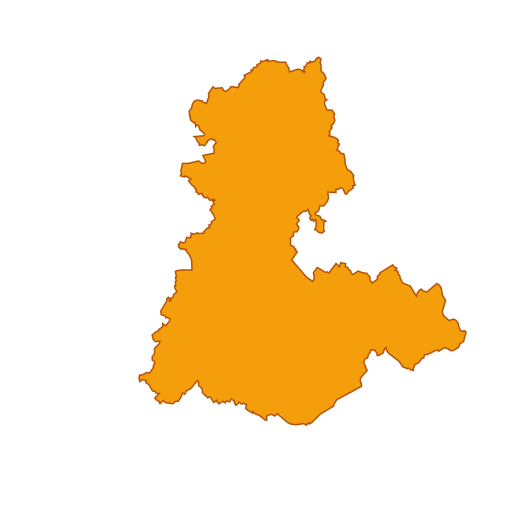 outline of Cappamore-Kilmallock Lea-7, Limerick, Ireland, rotated 335°
{"feature_id": "5873133B39771401556272", "entity_name": "Cappamore-Kilmallock Lea-7", "entity_type": "district", "adm_level": 2, "iso_a3": "IRL", "parent_name": "Ireland", "parent_adm1": "Limerick", "projection": "mercator", "projection_center": [-8.418, 52.488], "detail": "fine", "context": "isolated", "style": "filled", "palette": "amber", "viewbox_px": 512, "rotation_deg": 335, "n_neighbors": 0, "source": "geoboundaries", "source_scale": "gbopen_adm2", "svg_char_len": 6126}
<svg xmlns="http://www.w3.org/2000/svg" viewBox="0 0 512 512"><g transform="rotate(335 256 256)"><path d="M398.2,105.0L396.7,102.3L393.4,102.9L392.5,104.1L389.5,104.1L387.0,102.3L386.4,102.6L386.5,103.7L383.9,102.7L381.4,104.9L379.5,104.9L379.3,106.4L377.4,107.6L378.1,109.7L377.2,110.2L375.4,106.3L373.1,104.4L364.2,103.4L365.1,99.3L364.5,95.0L364.8,93.0L357.0,89.2L356.7,87.8L353.8,86.1L350.5,85.2L349.7,83.5L348.9,84.2L348.5,82.7L344.9,82.8L342.6,81.3L341.9,83.0L337.6,83.1L337.7,84.4L336.7,84.9L333.1,84.2L331.4,86.4L330.1,85.4L329.7,87.0L321.6,87.3L321.7,89.0L320.7,90.0L312.9,93.3L312.8,94.6L310.6,95.6L305.0,91.9L301.2,93.7L297.5,93.9L296.7,92.5L296.4,89.2L289.5,86.7L288.5,84.5L281.6,88.6L280.9,91.4L275.5,96.8L272.9,94.1L272.9,92.9L269.0,90.0L265.7,89.6L262.7,91.4L260.1,94.7L256.6,96.5L255.3,100.4L255.6,101.4L254.7,102.2L254.9,103.6L254.1,104.7L255.5,108.3L257.1,109.2L256.1,113.2L257.8,112.3L259.1,113.7L258.5,118.0L260.9,123.1L260.7,124.4L259.5,125.0L250.5,121.7L251.5,123.5L251.3,127.4L252.3,130.0L251.4,131.7L253.8,132.3L255.8,134.3L260.2,132.1L260.2,131.3L265.1,130.7L265.9,132.5L267.3,132.7L267.9,136.3L263.6,138.5L263.2,141.5L261.3,145.1L250.4,142.4L250.4,149.3L248.1,150.1L245.9,148.9L244.2,145.6L233.9,143.5L228.5,141.0L223.8,147.3L223.5,149.4L221.4,151.3L224.5,154.2L225.8,153.4L229.5,158.7L226.6,159.4L228.0,165.1L229.4,167.1L229.2,169.0L230.1,170.3L228.7,172.5L230.1,174.1L230.0,175.8L233.7,176.5L233.0,178.5L233.7,178.7L233.6,180.5L235.5,182.3L237.0,182.2L237.7,186.0L242.2,186.9L242.2,188.2L240.0,187.8L240.2,191.4L238.1,191.5L236.3,192.4L236.5,193.7L233.9,194.5L235.1,201.3L234.5,205.5L230.0,206.1L229.4,207.9L226.1,208.2L226.2,210.9L223.7,210.1L218.9,212.0L218.4,213.1L213.3,211.5L213.1,210.4L208.9,209.9L206.7,208.0L206.8,209.4L205.4,209.8L204.5,211.8L201.0,209.9L197.6,213.5L195.1,213.2L193.7,211.1L190.2,213.2L190.4,214.7L189.8,215.3L190.7,218.1L192.2,217.8L193.2,219.5L195.7,220.6L194.8,221.3L196.1,226.9L195.9,232.7L192.0,241.7L183.4,237.5L177.2,235.6L176.2,236.3L175.3,240.7L173.8,241.5L173.4,244.9L172.2,244.9L170.8,248.8L169.9,248.6L168.9,250.4L169.3,254.9L165.0,256.1L163.6,258.4L161.0,258.3L159.5,260.7L158.6,260.3L159.6,257.3L159.2,256.4L157.0,257.1L156.1,259.1L146.4,265.7L145.3,269.3L147.9,271.3L148.4,274.2L149.8,274.0L151.3,276.7L151.0,277.7L144.8,281.2L142.9,277.8L141.5,280.6L136.7,281.6L136.0,282.7L133.8,282.3L128.4,283.8L127.6,288.2L128.8,291.2L133.0,292.6L131.2,294.6L124.9,296.9L123.1,301.2L118.8,304.0L118.9,305.1L117.9,306.3L119.3,308.6L119.1,310.2L116.6,312.1L116.1,313.5L110.2,317.1L107.7,315.4L101.9,315.7L100.2,314.7L98.2,317.6L97.7,320.7L100.7,320.1L103.0,321.7L103.7,322.9L102.9,323.4L102.8,324.7L104.6,327.2L105.2,334.6L107.3,336.0L107.5,338.1L110.2,339.7L104.4,341.9L104.7,343.9L106.6,346.7L106.6,349.4L110.8,347.6L112.0,350.6L117.2,354.2L118.5,354.8L121.4,353.6L123.9,354.8L128.2,352.4L131.5,349.1L133.0,351.2L136.1,348.8L140.8,348.6L150.4,344.1L150.8,346.0L149.2,349.2L151.1,353.3L149.7,357.3L152.4,364.2L153.5,363.7L155.0,364.7L155.8,371.0L159.6,370.1L159.2,372.2L160.0,374.3L164.8,373.8L165.9,376.1L167.9,374.8L170.4,377.0L173.3,375.2L175.2,378.3L174.6,379.0L174.4,382.3L175.1,382.9L179.0,381.4L180.2,384.1L182.4,384.1L184.6,386.8L182.3,389.4L182.8,391.5L186.5,397.0L187.4,395.8L188.5,398.6L191.7,402.0L194.9,408.3L196.3,409.4L197.8,405.8L199.7,405.4L202.9,405.9L205.5,409.0L208.7,408.0L214.4,420.5L216.8,423.3L220.9,425.8L228.7,428.2L229.9,430.5L233.3,429.5L233.3,430.7L235.9,430.6L247.6,426.4L263.1,424.8L264.1,423.2L268.5,420.4L296.6,418.7L297.7,415.8L297.5,413.5L299.3,410.6L308.3,406.8L308.8,397.5L311.6,395.3L314.1,395.5L316.2,392.7L319.0,391.5L319.9,389.7L323.7,391.3L324.6,395.4L323.7,397.3L325.2,397.9L329.9,397.7L333.5,394.3L335.2,394.1L334.5,395.9L335.0,400.0L341.1,411.8L342.3,418.6L345.5,422.0L347.0,422.3L348.0,424.4L350.3,426.4L350.7,424.8L354.2,421.6L358.4,421.4L363.3,418.9L365.1,419.1L367.0,416.6L369.6,417.7L379.0,417.5L381.1,418.4L381.3,419.5L388.2,418.8L391.1,421.5L391.7,423.4L394.2,425.0L400.6,424.5L403.9,421.8L407.9,421.2L414.3,413.6L413.2,411.6L411.3,411.7L409.8,409.8L409.8,406.3L410.8,402.5L410.0,398.7L408.2,396.6L403.7,396.1L400.7,389.0L401.5,384.9L409.1,376.4L408.4,370.3L410.3,363.1L409.9,360.2L408.4,357.4L395.7,360.8L392.1,357.8L392.0,356.0L390.4,355.8L387.0,357.4L384.4,360.2L383.1,348.6L377.4,342.2L377.4,336.5L378.1,334.3L377.3,332.4L378.1,329.7L375.9,327.9L378.5,326.7L376.5,324.1L376.2,321.8L361.3,323.6L361.3,324.4L357.5,325.7L356.2,328.4L349.8,329.6L349.2,325.9L350.4,323.3L349.0,318.4L345.5,316.3L342.3,312.8L335.9,313.7L335.0,312.1L335.5,309.5L334.3,307.6L334.3,305.4L332.5,303.3L334.0,300.8L330.2,298.2L330.6,297.3L327.1,300.9L325.4,296.6L314.9,302.2L313.8,300.5L312.2,300.3L306.7,292.3L301.0,295.4L299.6,300.6L296.7,303.0L292.8,296.5L286.7,274.6L295.1,269.7L294.0,267.5L294.9,266.8L294.1,265.1L294.2,263.4L291.8,260.5L294.3,256.1L294.2,254.4L298.5,253.5L299.7,251.0L301.0,250.3L303.6,251.4L306.7,248.6L307.0,246.6L306.0,243.9L310.3,242.2L309.4,237.9L310.1,237.5L317.7,235.4L320.6,236.5L322.8,235.8L322.2,241.1L323.0,243.0L320.7,244.1L321.0,246.9L322.7,246.6L322.8,248.9L325.2,248.0L325.0,250.4L322.8,254.8L320.4,256.9L321.4,257.6L322.9,261.2L325.6,263.1L328.5,262.4L328.4,260.9L330.9,255.7L332.3,253.6L333.9,254.0L333.2,252.4L330.7,251.0L330.7,247.0L327.7,244.0L327.5,242.1L331.8,241.5L335.1,237.6L338.8,239.2L343.8,236.6L346.2,234.2L348.1,228.4L355.3,232.2L356.7,229.2L358.8,230.3L361.9,229.8L363.3,232.3L363.1,237.2L364.3,238.3L367.1,236.5L372.8,235.5L373.3,233.1L375.7,233.8L376.4,228.8L377.5,225.5L378.6,224.8L377.5,219.0L375.3,216.5L375.8,209.8L377.5,206.1L378.8,200.3L376.2,198.9L376.0,196.4L373.8,194.2L375.0,193.8L376.9,190.8L378.3,190.6L378.8,189.2L377.9,188.5L378.2,187.3L379.5,186.1L378.9,183.9L376.6,181.0L372.8,177.8L373.9,177.5L375.1,175.3L374.8,174.3L379.2,171.8L378.9,170.4L379.7,169.4L381.9,169.0L384.7,166.6L385.8,161.7L387.3,160.6L386.6,156.0L382.1,153.7L382.3,147.2L384.0,144.4L386.3,144.5L385.3,143.1L385.9,138.3L384.1,134.8L385.1,132.9L389.2,129.9L390.1,127.4L394.5,124.8L394.8,120.4L393.2,115.9L395.7,110.0L395.7,108.0L398.2,105.0Z" fill="#f59e0b" stroke="#b45309" stroke-width="1.5"/></g></svg>